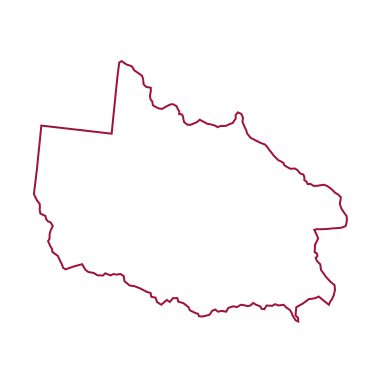 the district of Novo Horizonte do Oeste, Rondônia, Brazil, rotated 276°
{"feature_id": "56859067B86111440649548", "entity_name": "Novo Horizonte do Oeste", "entity_type": "district", "adm_level": 2, "iso_a3": "BRA", "parent_name": "Brazil", "parent_adm1": "Rondônia", "projection": "albers", "projection_center": [-62.087, -11.689], "detail": "fine", "context": "isolated", "style": "outline", "palette": "rose", "viewbox_px": 384, "rotation_deg": 276, "n_neighbors": 0, "source": "geoboundaries", "source_scale": "gbopen_adm2", "svg_char_len": 2817}
<svg xmlns="http://www.w3.org/2000/svg" viewBox="0 0 384 384"><g transform="rotate(276 192 192)"><path d="M202.3,340.6L204.6,337.9L206.2,334.5L209.5,330.3L212.0,326.1L213.0,322.3L211.1,315.2L210.8,312.2L212.4,309.1L212.0,306.2L214.2,304.8L215.7,302.4L218.4,302.3L221.0,300.9L221.8,297.6L224.8,294.6L226.1,291.9L225.4,287.7L226.5,284.7L228.1,281.2L230.5,279.9L231.5,277.7L232.7,274.4L235.6,270.9L237.1,269.1L239.8,266.6L242.1,264.2L244.3,262.5L246.8,259.7L248.1,254.8L251.9,244.7L256.2,240.5L258.5,239.8L262.4,237.4L267.2,234.8L271.1,235.0L274.8,232.9L276.0,229.3L273.1,227.4L269.6,227.8L264.8,225.2L263.5,222.3L261.3,218.8L260.7,213.7L259.2,210.6L260.5,207.9L261.1,204.7L261.4,200.3L264.7,192.1L262.3,190.0L260.1,186.2L258.5,183.0L258.5,180.4L260.5,177.0L263.6,175.8L266.0,175.3L268.2,173.8L268.1,171.1L270.7,171.0L272.8,169.4L275.7,167.7L277.3,164.3L276.9,161.5L274.8,158.1L271.5,153.6L271.6,150.4L272.9,146.7L274.2,144.0L277.9,143.0L279.6,141.2L283.2,140.1L288.1,140.5L291.4,140.1L291.7,135.6L294.0,132.6L298.7,131.7L302.4,130.2L305.0,125.5L307.0,121.8L310.6,119.2L311.4,116.4L311.8,113.9L313.4,110.9L314.8,108.4L313.2,106.1L299.7,105.8L289.4,105.8L258.4,105.9L241.6,106.0L242.3,35.2L229.3,35.3L214.1,35.3L199.2,35.4L173.4,35.0L167.3,38.8L164.4,41.7L161.1,42.3L158.7,42.3L154.6,43.5L152.9,48.7L150.0,49.6L147.8,51.7L147.1,54.4L143.7,57.1L138.5,55.3L134.8,54.8L130.6,55.2L128.2,54.0L124.2,56.2L120.8,58.7L117.8,59.4L114.4,65.3L110.7,67.4L106.5,70.1L103.0,71.9L101.9,74.4L105.7,82.4L107.2,86.3L108.7,90.3L103.5,94.1L101.6,97.3L101.2,102.8L99.3,106.6L99.6,112.1L102.1,114.3L100.5,119.7L102.1,122.2L102.0,125.7L102.9,129.4L101.4,132.8L96.3,134.1L92.5,139.7L92.3,144.7L90.9,149.9L87.9,157.6L87.3,161.3L83.5,162.6L83.1,166.8L78.9,168.7L76.7,173.2L82.0,178.2L80.3,181.4L84.5,184.2L84.9,188.5L81.4,190.0L80.6,195.0L77.1,200.6L74.1,202.3L72.4,206.8L71.4,210.8L69.2,211.9L69.2,215.3L71.7,222.2L76.0,224.5L77.5,227.5L75.7,230.3L76.9,234.2L76.5,238.5L80.5,240.2L82.6,244.7L82.3,248.9L84.9,252.3L85.0,254.7L84.3,259.2L85.1,261.8L88.0,264.4L86.5,267.8L85.3,272.0L83.1,273.3L83.0,276.2L86.9,278.0L87.2,283.7L89.1,286.4L88.2,289.9L89.4,294.9L86.7,298.2L85.2,301.3L82.8,303.4L79.8,304.9L75.3,308.4L74.3,311.2L77.7,310.7L80.3,307.8L84.7,307.8L88.4,307.8L92.9,314.2L97.7,319.4L98.6,323.4L99.7,326.4L101.3,328.9L98.3,333.4L96.4,336.4L94.2,339.9L97.8,341.1L100.0,342.4L104.2,343.8L109.8,344.4L114.3,343.5L117.1,339.2L121.2,334.5L128.0,328.4L133.4,327.2L136.3,323.6L139.4,321.9L141.6,323.5L143.9,322.6L144.9,320.3L148.9,320.1L152.5,319.9L155.9,321.2L159.2,322.3L163.1,320.1L167.1,317.6L168.1,320.0L168.3,323.0L168.9,327.5L169.8,332.4L170.6,336.0L171.0,339.2L172.1,344.4L174.2,348.3L176.9,348.8L180.2,349.0L184.2,348.3L187.5,345.3L191.1,342.3L195.8,340.2L199.0,340.5L202.3,340.6Z" fill="none" stroke="#9f1239" stroke-width="2"/></g></svg>